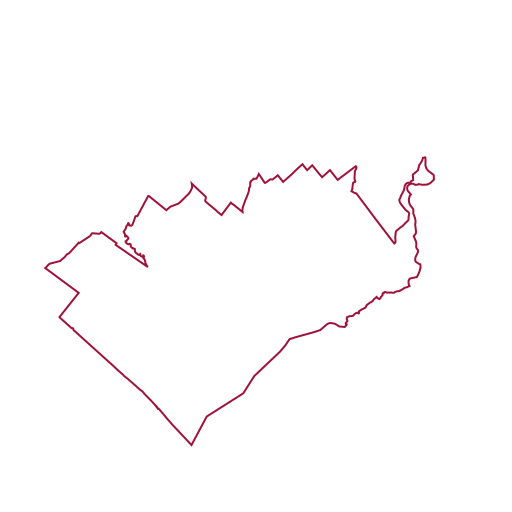 Pufesti, Vrancea, Romania, rotated 54°
{"feature_id": "2599482B68532694461953", "entity_name": "Pufesti", "entity_type": "district", "adm_level": 2, "iso_a3": "ROU", "parent_name": "Romania", "parent_adm1": "Vrancea", "projection": "robinson", "projection_center": [27.194, 46.015], "detail": "fine", "context": "isolated", "style": "outline", "palette": "rose", "viewbox_px": 512, "rotation_deg": 54, "n_neighbors": 0, "source": "geoboundaries", "source_scale": "gbopen_adm2", "svg_char_len": 6062}
<svg xmlns="http://www.w3.org/2000/svg" viewBox="0 0 512 512"><g transform="rotate(54 256 256)"><path d="M370.5,149.4L369.6,149.3L368.8,149.1L367.6,148.5L366.3,147.6L365.7,147.0L365.3,146.5L364.9,145.5L364.8,145.1L364.9,144.3L365.5,142.8L366.0,141.8L366.8,139.9L367.6,138.3L366.3,135.6L364.6,132.8L361.7,129.3L359.3,128.0L358.5,128.6L355.1,130.0L354.1,130.1L352.9,129.6L352.2,129.1L350.6,127.5L349.1,124.6L348.0,122.6L346.3,121.5L344.8,121.6L343.6,121.4L342.7,121.0L340.2,119.0L338.5,118.1L332.6,116.7L332.3,115.3L331.7,113.5L330.5,112.3L323.9,108.6L322.7,107.3L321.3,106.3L319.9,105.6L318.2,104.9L313.9,103.7L311.7,101.9L310.6,101.3L309.3,101.2L306.8,101.4L304.7,101.3L302.6,100.6L300.5,99.4L299.5,98.5L298.6,97.4L297.5,96.0L297.5,95.3L297.2,94.5L294.2,94.8L292.3,94.9L291.0,94.5L289.8,93.7L288.4,92.2L288.4,91.2L288.3,90.0L288.4,89.1L288.8,87.7L289.1,87.3L290.4,86.1L292.1,85.3L293.5,82.9L293.4,82.1L294.6,81.1L295.7,80.0L297.0,78.4L298.7,75.6L299.2,74.2L299.4,71.6L298.8,67.2L295.1,64.7L294.5,64.7L291.4,65.6L288.9,66.5L287.6,66.7L285.5,66.7L284.1,66.3L282.8,65.9L281.8,65.3L277.4,62.0L275.7,61.1L274.7,63.3L275.1,63.7L276.5,65.7L277.2,67.1L277.9,69.0L278.2,69.9L278.4,70.5L281.9,74.7L282.1,77.9L282.3,79.2L282.2,80.0L282.4,81.3L282.9,81.7L284.0,82.3L285.0,83.0L286.9,84.1L286.7,86.8L287.0,87.4L287.1,88.2L287.1,88.6L286.3,89.6L285.8,90.5L285.8,92.5L286.3,93.7L286.8,94.6L288.0,95.7L288.7,96.6L289.2,97.1L289.8,97.8L292.4,103.1L293.3,104.5L293.9,105.1L294.5,106.6L294.7,106.9L295.3,107.3L297.2,108.1L300.1,108.2L306.7,107.9L309.7,107.0L310.4,106.9L311.3,107.0L312.1,107.5L312.8,108.1L313.3,108.8L314.3,109.8L315.5,110.6L316.6,111.8L316.8,112.8L317.3,116.7L317.4,117.1L317.8,119.3L317.9,120.8L317.8,122.5L318.2,127.9L319.3,129.4L321.2,130.9L321.9,131.8L326.0,134.4L327.0,135.4L327.2,136.3L327.1,136.8L298.6,137.5L264.7,138.0L263.7,138.4L263.5,138.9L259.7,140.7L259.2,140.0L258.6,138.8L258.0,138.4L255.0,135.6L253.8,134.2L254.1,132.7L254.3,132.4L254.2,132.0L254.0,131.8L252.9,131.6L251.1,130.7L245.7,126.3L245.2,125.6L244.5,124.0L243.2,122.5L242.0,122.5L242.4,145.2L230.0,145.7L231.1,156.2L224.8,156.7L215.7,157.2L216.6,164.2L209.0,164.5L210.3,175.4L210.9,179.1L212.0,190.5L203.5,190.9L203.7,194.0L203.9,197.3L203.8,197.8L203.6,198.1L202.4,199.2L202.3,201.1L202.4,202.5L202.4,204.6L202.2,205.7L202.0,205.9L201.9,206.0L194.7,205.6L191.3,205.5L193.2,208.9L193.3,209.4L193.3,209.9L193.7,210.2L192.6,212.0L192.0,212.5L192.5,214.1L192.5,214.4L192.4,215.3L192.4,215.6L192.9,216.4L192.7,216.7L193.2,217.5L195.6,219.2L196.3,220.0L197.2,221.9L198.9,223.2L200.0,224.6L201.0,226.1L201.6,226.9L203.0,229.2L203.7,230.2L204.4,231.6L209.0,238.3L210.8,239.9L212.2,240.8L212.5,241.0L201.0,244.1L200.4,244.5L198.0,245.0L202.6,259.8L197.5,261.2L195.5,261.5L193.4,262.0L186.4,263.8L182.2,264.8L181.7,264.7L181.4,264.6L180.9,264.1L179.7,262.6L179.3,262.3L178.6,261.9L178.3,261.9L170.4,263.4L162.3,264.9L161.0,265.2L159.6,265.4L162.4,266.9L163.1,267.6L163.6,268.3L164.6,270.0L165.5,272.1L166.1,273.9L167.9,285.9L168.0,287.5L167.9,288.5L166.0,295.3L165.8,296.4L165.9,297.9L166.2,301.6L144.6,307.4L144.2,307.6L144.1,308.0L154.0,328.5L153.2,329.5L153.1,329.9L153.1,330.3L156.6,335.3L158.0,337.5L158.2,338.3L158.3,338.7L158.2,339.1L157.3,340.0L157.0,340.4L156.4,340.6L155.2,339.9L154.8,339.8L154.5,339.8L154.3,340.1L154.5,340.5L154.9,340.7L155.2,341.0L155.5,342.8L155.8,343.5L156.0,343.8L156.5,344.2L157.6,345.9L157.9,347.1L158.7,349.0L160.3,349.0L161.5,349.2L162.2,349.6L162.6,350.0L163.2,350.4L163.4,350.3L163.5,349.9L163.4,349.3L163.4,349.0L165.9,348.6L166.7,348.8L167.2,350.0L167.3,350.9L167.6,351.6L167.7,352.2L167.4,352.8L167.6,353.0L168.1,353.2L168.6,353.3L169.5,353.2L170.5,352.9L171.2,352.6L171.7,352.1L171.8,351.3L172.0,351.0L172.8,350.6L173.6,350.9L174.1,351.3L174.4,351.6L175.6,351.7L177.2,351.3L177.2,351.0L178.3,350.5L178.5,350.3L178.7,350.0L179.1,349.9L180.6,351.0L181.6,351.3L182.9,351.3L184.0,351.0L185.9,350.4L186.3,350.1L186.6,349.6L186.3,348.9L186.3,348.5L186.7,348.6L187.5,349.2L187.8,349.2L188.6,349.1L189.7,348.5L190.3,348.0L190.3,347.6L190.3,347.4L190.1,347.2L189.4,347.1L189.2,346.9L189.3,346.7L190.3,346.7L190.7,346.9L190.9,347.3L191.1,347.8L191.4,348.2L191.7,348.4L192.0,348.5L192.6,348.2L193.6,348.2L195.3,348.9L196.5,349.5L199.0,350.0L199.7,350.1L200.4,350.0L200.5,350.3L164.5,363.0L163.7,361.3L145.7,367.1L146.1,368.8L146.0,369.6L141.5,374.9L141.3,375.2L141.3,375.5L142.1,377.9L142.3,378.8L141.7,391.3L141.0,391.5L143.9,405.6L143.9,405.9L143.5,407.8L143.5,408.2L144.4,411.2L144.9,417.5L141.0,427.4L141.0,429.1L141.9,432.6L141.9,433.6L181.6,421.1L189.9,450.9L191.1,450.8L206.0,447.6L206.3,447.4L206.6,446.7L207.0,446.5L207.3,446.5L208.1,446.9L208.5,447.1L209.1,447.1L209.8,446.9L216.9,445.4L250.0,438.4L260.7,436.1L268.2,434.7L274.1,433.3L275.2,433.3L280.3,431.9L296.4,428.3L298.6,427.5L302.6,427.2L311.2,425.9L317.5,425.2L319.1,424.9L319.1,425.2L321.8,425.1L322.1,425.1L322.2,424.5L323.2,424.4L329.2,423.9L336.3,423.5L339.4,423.1L342.8,422.9L371.0,419.3L356.9,390.2L359.6,347.0L352.1,327.9L348.8,302.9L347.5,292.7L345.4,284.4L343.0,277.8L344.7,272.5L351.8,253.5L353.7,247.5L352.9,238.3L353.6,235.7L355.2,233.8L357.4,231.9L359.4,231.0L361.8,230.2L365.6,225.9L365.1,223.8L364.9,223.8L364.8,223.2L364.2,223.3L364.0,222.7L363.0,222.8L362.3,220.2L360.1,219.5L359.0,218.3L359.6,216.0L360.1,215.0L361.1,213.5L361.4,212.3L360.9,210.7L361.0,208.3L361.6,207.3L362.8,206.7L362.7,206.2L361.3,205.4L361.3,202.3L361.7,200.5L362.1,197.7L360.8,195.5L360.7,191.1L361.0,190.3L361.0,188.1L360.4,186.4L360.2,184.8L360.2,183.5L360.0,183.0L360.0,182.5L360.4,182.6L362.0,182.2L362.6,181.8L363.1,181.7L363.4,181.4L363.2,180.0L362.9,179.6L362.5,178.8L362.6,178.5L362.1,177.2L361.9,176.4L360.7,175.6L360.7,175.0L361.1,174.4L360.7,173.5L360.8,173.1L361.6,172.2L362.7,171.5L363.6,170.0L364.4,169.2L364.6,168.5L366.4,166.7L366.8,166.0L366.9,165.4L366.8,164.6L367.2,163.5L367.5,162.5L368.5,160.9L368.8,160.1L368.6,159.6L368.9,158.7L368.9,157.8L369.2,157.0L369.0,156.3L369.0,155.7L369.2,155.2L369.0,154.7L370.0,152.2L370.5,149.4Z" fill="none" stroke="#9f1239" stroke-width="2"/></g></svg>